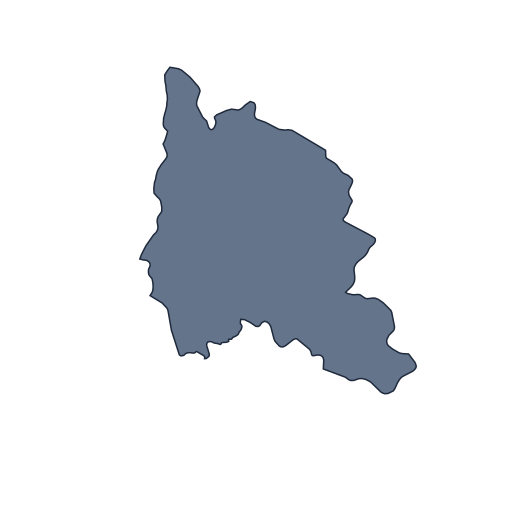 SVG path tracing the border of Arhangay, rotated 224°
{"feature_id": "MNG-3316", "entity_name": "Arhangay", "entity_type": "Province", "adm_level": 1, "iso_a3": "MNG", "parent_name": "Mongolia", "parent_adm1": "", "projection": "albers", "projection_center": [100.83, 48.018], "detail": "fine", "context": "isolated", "style": "filled", "palette": "slate", "viewbox_px": 512, "rotation_deg": 224, "n_neighbors": 0, "source": "natural_earth", "source_scale": "10m", "svg_char_len": 4367}
<svg xmlns="http://www.w3.org/2000/svg" viewBox="0 0 512 512"><g transform="rotate(224 256 256)"><path d="M304.7,153.9L305.5,157.8L306.4,159.7L308.9,162.7L310.4,164.0L311.9,165.4L315.2,167.5L317.8,167.7L319.5,168.0L320.3,168.3L321.8,169.3L323.6,171.2L324.4,172.7L325.1,174.8L325.9,176.0L327.0,176.8L328.3,177.3L329.9,177.3L331.9,176.7L334.6,174.7L337.5,173.1L339.5,177.7L342.3,186.9L344.2,198.9L344.4,200.4L344.2,203.4L344.8,205.7L345.4,207.1L346.4,208.5L347.7,209.6L351.0,212.0L352.7,214.1L353.8,216.6L354.7,222.4L356.8,224.8L357.9,225.8L362.5,229.1L364.0,229.7L365.6,230.0L368.9,230.0L373.0,230.4L376.4,233.6L380.1,238.4L381.6,241.6L383.6,244.4L385.6,248.1L386.5,250.5L387.6,255.8L388.4,263.4L388.9,265.2L389.3,266.0L390.5,267.3L391.9,268.2L396.6,270.3L400.6,272.0L401.5,275.0L402.1,276.5L404.6,281.5L406.3,284.4L409.6,284.5L411.3,284.7L412.8,285.3L414.5,286.6L418.2,291.0L420.4,294.8L422.2,298.3L424.5,302.0L426.4,304.2L428.7,307.3L431.7,310.1L434.9,312.2L439.5,316.2L442.6,318.3L447.5,322.9L448.5,327.7L449.0,332.0L441.8,336.9L438.5,338.0L427.6,338.8L415.1,337.7L412.4,336.8L410.7,335.6L406.7,327.3L405.3,325.0L403.2,323.1L391.0,318.9L389.2,318.7L385.3,318.8L379.6,315.7L378.6,315.4L376.7,315.3L375.6,316.2L375.1,317.9L375.4,319.9L376.2,321.9L377.1,323.6L378.3,324.9L379.8,325.7L381.4,326.3L382.5,327.2L382.3,330.3L378.4,339.9L375.6,344.7L370.3,348.5L369.5,350.0L368.8,352.2L368.6,357.2L367.5,363.1L363.9,364.8L362.0,364.4L360.2,363.1L358.8,361.6L355.9,357.2L354.0,355.5L352.3,354.9L350.3,355.0L342.1,358.7L327.4,363.1L322.5,366.8L320.6,369.2L317.4,371.4L279.4,380.4L274.9,376.0L273.3,375.3L264.5,377.3L261.2,377.5L253.4,376.1L250.8,376.2L245.7,378.0L240.3,378.1L238.8,377.2L237.8,375.8L236.8,373.4L235.3,368.6L234.2,366.6L231.8,364.7L229.6,363.8L225.9,362.9L225.2,362.5L224.5,361.5L223.5,357.7L222.6,355.2L221.0,352.3L219.9,349.8L219.1,343.3L218.4,342.4L216.9,342.2L214.7,342.6L190.0,349.8L183.6,351.3L182.2,351.2L181.0,350.2L180.1,348.6L179.7,346.1L179.8,343.9L180.0,342.0L179.9,340.5L179.5,339.0L178.7,337.0L178.2,335.2L177.8,332.3L177.9,329.7L178.6,324.5L178.8,321.9L178.5,319.3L177.7,316.6L176.0,314.2L170.8,309.9L168.7,307.7L167.6,306.1L166.6,303.5L166.1,300.4L166.4,292.2L164.7,292.3L159.7,295.2L157.8,297.0L156.5,298.6L155.3,299.7L153.9,300.5L149.3,301.2L147.5,301.7L146.1,302.8L142.4,307.3L141.0,308.4L139.8,309.0L137.7,309.8L131.9,310.7L123.3,310.6L121.2,310.5L119.3,309.8L107.3,301.4L106.0,299.8L105.2,297.9L105.3,291.2L103.8,286.7L102.8,285.5L101.9,284.7L100.8,284.0L99.6,283.6L98.4,283.4L92.8,284.0L85.7,285.8L83.0,287.4L78.2,291.5L68.1,290.0L66.1,289.2L64.0,287.9L63.2,286.2L63.0,284.2L63.3,281.8L66.6,272.0L67.1,269.8L67.0,267.0L66.2,263.3L64.0,257.1L63.5,254.4L65.4,249.1L66.4,247.8L67.8,246.3L69.5,245.5L71.6,244.9L86.1,245.0L91.5,243.4L94.6,241.5L96.8,239.2L99.2,234.4L101.3,232.3L103.4,231.4L107.5,230.9L129.1,221.5L134.9,228.1L137.1,229.5L138.7,229.7L140.6,229.4L142.7,227.8L144.0,226.2L144.9,224.8L145.8,223.8L146.7,223.5L148.1,224.1L149.5,225.0L151.0,225.7L152.6,226.1L168.0,224.9L169.4,224.6L170.4,223.5L171.2,221.2L172.3,212.7L172.9,210.6L173.7,209.0L175.2,207.9L176.7,207.4L183.2,207.9L185.7,209.0L196.0,215.3L197.8,216.0L199.9,216.4L202.4,216.1L204.4,215.0L205.4,212.6L205.3,210.7L204.9,208.5L205.6,206.6L207.4,205.3L213.9,204.2L219.9,202.3L223.0,199.9L221.5,197.8L220.8,197.0L220.4,196.7L219.9,196.5L218.6,196.3L217.7,195.9L217.3,195.6L217.0,195.3L216.5,194.6L215.8,193.1L215.5,192.1L215.3,190.6L215.2,189.4L214.5,187.7L214.4,187.0L214.6,185.7L214.9,184.5L215.5,182.7L216.1,181.6L216.1,180.7L216.0,180.1L215.8,179.6L215.9,179.2L216.1,178.7L217.5,177.5L217.8,177.1L217.7,176.7L217.5,176.3L216.4,175.9L216.3,175.4L216.8,174.5L217.8,172.8L219.1,171.5L220.0,170.4L220.4,169.8L220.4,169.1L220.1,168.7L220.1,168.2L220.2,167.6L221.7,166.8L222.7,166.4L225.4,164.5L226.3,164.1L227.1,163.8L227.5,163.8L228.0,163.7L228.5,163.4L230.0,162.1L230.4,161.5L230.9,160.5L230.9,159.9L230.9,159.6L229.6,157.5L221.5,153.0L220.8,152.3L220.3,151.7L220.1,150.6L220.3,150.0L220.4,148.6L220.7,147.4L221.7,146.4L222.9,147.9L224.3,148.0L232.3,146.1L232.7,145.3L232.7,144.4L232.8,143.7L233.9,142.4L236.5,140.5L237.7,139.1L238.6,137.7L238.8,136.8L238.9,134.8L239.0,134.3L239.2,133.9L239.6,133.4L239.9,132.8L240.7,132.0L242.4,131.6L244.3,132.6L265.2,143.8L281.1,155.4L283.4,156.6L290.9,157.0L304.7,153.9Z" fill="#64748b" stroke="#1e293b" stroke-width="1.5"/></g></svg>